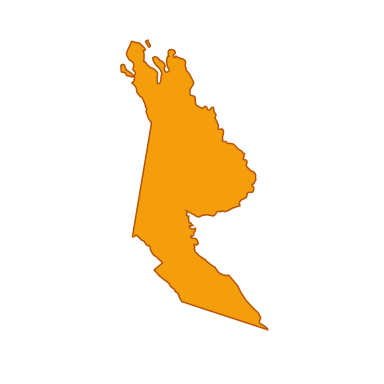 outline of Viseu, Pará, Brazil, rotated 320°
{"feature_id": "56859067B62077579865137", "entity_name": "Viseu", "entity_type": "district", "adm_level": 2, "iso_a3": "BRA", "parent_name": "Brazil", "parent_adm1": "Pará", "projection": "robinson", "projection_center": [-46.341, -1.561], "detail": "fine", "context": "isolated", "style": "filled", "palette": "amber", "viewbox_px": 384, "rotation_deg": 320, "n_neighbors": 0, "source": "geoboundaries", "source_scale": "gbopen_adm2", "svg_char_len": 5977}
<svg xmlns="http://www.w3.org/2000/svg" viewBox="0 0 384 384"><g transform="rotate(320 192 192)"><path d="M203.0,115.1L117.7,187.9L118.7,188.9L119.3,189.1L121.3,189.0L121.9,190.3L122.4,196.1L122.6,196.8L123.2,198.0L123.5,198.9L123.4,201.3L123.2,202.6L123.2,204.0L123.7,204.9L124.5,205.6L124.6,206.4L124.5,207.1L124.2,207.9L123.2,209.0L123.0,209.7L122.3,212.9L122.1,215.5L122.3,216.8L123.2,218.7L123.2,222.7L123.6,223.4L123.9,227.4L113.0,227.4L112.8,228.3L113.0,230.2L113.0,233.7L113.2,235.9L114.0,239.7L114.1,240.7L114.8,243.1L115.0,244.4L115.3,245.6L115.6,247.7L115.0,249.1L115.0,251.8L115.9,254.6L115.9,255.7L115.3,257.2L115.3,258.2L115.8,259.0L115.9,259.7L115.9,261.3L114.4,265.4L113.7,269.4L161.4,346.1L161.9,344.6L161.7,342.9L161.2,340.9L159.8,336.6L159.6,335.6L159.8,335.0L160.5,334.3L163.2,333.0L164.1,332.0L164.4,329.8L164.9,328.0L165.0,326.6L164.6,323.7L163.9,315.7L163.8,310.4L164.1,306.6L165.0,299.9L166.5,293.6L166.7,292.1L166.7,280.9L166.6,279.3L163.7,277.3L163.6,276.6L162.5,275.7L162.4,274.9L161.8,274.0L161.2,273.3L160.6,269.0L161.0,268.0L160.8,266.9L161.4,264.8L160.5,262.5L159.6,259.7L159.4,258.6L159.5,257.8L159.0,256.1L158.6,253.4L158.7,252.7L158.6,251.7L158.2,251.0L157.6,249.3L157.5,248.4L156.9,246.4L156.5,245.8L156.6,245.0L156.4,244.2L156.5,242.4L156.2,241.6L156.3,240.8L155.9,239.9L157.1,238.0L157.3,236.7L157.8,236.3L158.9,235.9L159.5,233.8L160.3,233.7L161.4,235.6L162.4,235.7L163.9,235.4L165.0,232.2L165.0,230.4L164.1,229.1L163.0,228.1L162.0,226.4L162.4,225.1L163.3,225.0L163.9,226.0L165.2,226.2L166.2,225.5L167.4,224.0L168.4,224.2L169.5,223.7L170.7,223.0L171.3,222.1L170.8,221.5L169.9,221.6L169.2,221.3L167.7,219.9L167.5,218.3L167.7,217.0L168.3,216.2L169.2,216.6L169.3,217.4L170.0,217.3L171.1,218.2L171.1,214.6L170.4,214.3L170.1,213.3L171.3,211.9L171.7,210.9L172.0,209.8L172.7,209.7L173.9,208.5L173.1,208.1L173.2,206.6L173.0,205.7L174.9,204.8L175.6,203.7L175.6,202.9L176.4,204.3L177.7,207.9L179.0,210.5L179.2,212.1L180.6,215.0L181.2,215.5L184.3,216.5L185.5,217.0L188.7,218.9L192.6,223.7L193.2,224.1L194.0,224.3L195.3,224.2L198.5,223.3L200.3,224.4L201.2,225.6L202.7,225.6L203.5,226.4L203.7,227.4L204.9,228.5L209.1,229.9L210.3,229.7L211.7,230.3L212.6,230.3L213.2,230.4L214.2,231.2L215.0,231.4L215.9,231.5L218.0,232.6L220.1,233.2L220.7,231.4L221.5,230.7L222.6,230.1L224.5,229.7L226.1,230.3L229.0,230.8L230.0,231.1L230.8,230.7L231.3,230.2L232.2,229.8L232.9,228.9L233.7,228.4L234.5,228.5L235.5,228.9L237.1,230.3L238.2,230.9L239.0,230.8L240.1,230.3L241.0,229.8L242.1,228.3L242.3,227.7L242.2,225.7L242.8,224.8L243.6,225.2L244.7,225.4L246.2,224.6L248.5,223.8L249.1,223.3L249.7,221.9L251.5,220.2L252.3,218.1L251.9,215.4L250.9,214.1L250.6,213.1L250.6,211.4L250.2,208.7L250.5,206.9L251.1,206.1L252.4,205.2L253.5,204.3L254.0,203.2L253.9,202.3L253.4,201.5L252.6,200.7L252.3,199.7L253.0,199.1L253.7,199.0L254.5,198.5L254.9,197.6L255.5,197.2L256.2,197.1L256.7,196.7L256.7,196.0L256.2,194.7L256.1,194.0L256.3,193.1L256.3,192.4L255.8,191.3L254.8,187.3L254.8,183.6L254.5,182.1L254.0,181.2L252.6,179.4L251.0,178.1L250.4,177.1L250.5,176.0L250.3,175.0L249.1,173.9L248.1,172.6L248.6,171.8L249.7,171.1L250.7,169.6L254.6,166.6L255.4,165.2L255.8,163.7L255.3,162.8L253.7,161.9L252.7,161.1L252.5,160.4L253.0,159.6L254.1,159.1L255.0,158.0L256.4,154.1L256.9,151.4L257.3,150.0L259.6,148.6L260.2,147.8L260.5,144.3L262.2,142.1L262.7,141.0L262.1,140.2L261.4,139.9L258.4,140.5L257.6,140.3L257.2,139.6L257.1,138.5L257.7,136.6L257.6,135.3L256.7,134.7L253.9,134.6L253.3,133.9L251.0,128.3L251.6,126.7L253.4,123.9L254.8,122.2L255.4,120.6L255.0,119.5L253.9,118.2L253.2,117.1L253.5,115.6L255.1,113.5L256.8,112.1L262.6,110.2L263.8,108.8L265.9,100.2L266.0,94.7L267.1,93.0L267.4,91.9L268.3,90.5L270.8,88.2L271.2,87.1L271.0,86.0L270.3,83.7L269.8,83.3L268.0,80.2L267.1,78.9L267.3,78.3L267.1,77.6L266.3,77.7L265.6,78.0L264.9,77.7L264.7,77.1L264.8,76.4L265.5,75.5L266.3,75.1L268.6,74.8L269.0,74.2L269.5,72.6L269.3,71.7L268.2,70.1L267.4,69.3L265.9,68.6L265.3,68.6L264.4,68.9L263.6,69.6L262.5,71.2L261.9,71.7L261.4,72.4L261.5,73.1L260.8,72.8L260.1,72.8L258.6,73.5L255.3,77.1L253.7,80.4L253.3,82.3L253.3,83.4L252.9,84.2L252.3,84.5L251.4,84.6L250.5,84.4L249.6,84.0L249.1,83.2L249.3,81.0L249.5,80.3L250.1,79.6L250.7,79.1L252.2,78.5L252.6,77.9L253.2,76.0L253.1,75.1L253.3,73.6L253.1,72.8L252.7,71.9L252.0,71.3L252.1,70.3L252.0,69.2L252.1,68.5L251.4,65.5L250.1,64.3L248.7,63.9L248.1,64.2L247.5,64.9L246.6,67.1L246.1,69.5L246.0,71.7L246.5,76.2L246.3,78.1L245.6,80.6L245.2,81.5L244.6,82.2L241.9,84.3L240.0,86.5L239.5,86.8L237.4,87.9L236.1,87.6L235.3,86.9L235.8,85.7L236.9,84.3L239.6,81.0L241.6,79.5L242.2,78.3L242.3,76.2L241.8,72.6L241.4,71.7L240.2,70.2L239.6,66.2L239.7,62.4L239.6,61.7L239.0,61.6L238.9,60.8L240.4,59.6L242.8,56.9L244.8,54.1L245.3,52.4L245.9,52.5L246.6,53.1L247.3,53.2L247.8,52.7L248.1,51.9L248.1,50.7L247.8,46.8L247.4,44.5L247.1,43.7L245.7,41.9L244.5,40.6L243.2,38.4L242.6,37.9L241.9,38.0L239.3,39.5L234.4,41.7L231.8,43.1L230.4,44.2L230.0,45.0L229.1,48.6L229.0,49.4L229.0,51.1L229.8,53.2L229.9,55.1L229.8,55.9L229.2,57.0L228.6,57.9L225.7,59.9L225.2,61.0L225.3,62.2L225.5,62.8L225.5,64.2L223.9,65.4L222.9,65.4L222.3,65.8L221.6,66.8L221.4,67.7L220.7,68.4L220.0,68.4L219.5,69.2L218.6,69.8L216.0,69.8L216.0,70.6L216.5,72.0L216.5,74.5L216.4,75.6L216.1,76.4L213.8,80.6L213.8,82.4L213.7,83.8L213.7,85.5L214.5,87.6L214.0,88.9L213.8,90.2L212.8,93.6L212.4,94.1L212.6,94.9L212.2,95.6L211.4,96.1L210.9,97.7L210.9,99.1L210.3,99.7L208.8,100.5L208.0,102.0L206.9,105.4L206.3,106.4L206.3,107.1L205.8,108.6L205.8,110.0L205.4,111.7L205.9,112.4L203.0,115.1ZM221.4,64.8L222.0,63.6L221.8,61.6L220.8,58.7L220.5,57.2L220.3,55.8L220.6,54.1L221.8,51.4L221.7,50.5L221.3,50.0L219.9,49.2L218.9,49.5L218.2,50.2L216.1,53.0L215.4,54.0L215.1,54.9L215.8,55.5L217.5,57.7L216.8,60.3L216.9,61.1L218.2,62.5L219.9,65.3L220.7,65.6L221.4,64.8ZM253.4,53.6L254.0,53.1L254.5,52.2L255.1,49.2L255.8,47.3L254.2,46.7L253.0,47.1L252.6,48.1L252.2,53.3L252.8,53.7L253.4,53.6Z" fill="#f59e0b" stroke="#b45309" stroke-width="1.5"/></g></svg>